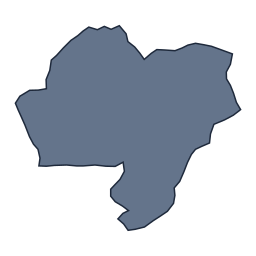 Paiva, Minas Gerais, Brazil (Albers equal-area conic projection)
{"feature_id": "56859067B60855935518046", "entity_name": "Paiva", "entity_type": "district", "adm_level": 2, "iso_a3": "BRA", "parent_name": "Brazil", "parent_adm1": "Minas Gerais", "projection": "albers", "projection_center": [-43.423, -21.293], "detail": "fine", "context": "isolated", "style": "filled", "palette": "slate", "viewbox_px": 256, "rotation_deg": 0, "n_neighbors": 0, "source": "geoboundaries", "source_scale": "gbopen_adm2", "svg_char_len": 1145}
<svg xmlns="http://www.w3.org/2000/svg" viewBox="0 0 256 256"><path d="M240.6,109.6L236.4,102.4L233.5,93.2L230.4,85.4L226.5,78.9L226.3,72.0L230.4,64.3L232.4,53.9L221.7,50.0L211.5,46.3L203.6,44.7L195.5,43.3L187.9,45.1L182.1,48.0L175.0,50.7L164.8,50.0L156.8,49.6L151.3,53.3L144.2,59.4L139.9,53.3L134.7,47.0L127.9,41.6L126.1,33.8L119.3,25.7L111.1,29.3L104.3,26.4L97.4,29.7L88.8,27.1L83.0,31.1L77.9,35.6L71.0,40.3L63.3,48.0L56.6,55.4L51.3,60.1L49.8,70.4L46.1,79.6L46.4,88.7L38.3,90.1L29.7,90.3L19.9,96.2L15.4,103.2L18.2,110.0L21.2,116.6L25.0,125.2L29.5,136.7L33.5,144.2L38.0,149.3L40.0,158.2L38.9,165.9L46.4,166.2L54.4,165.4L66.6,165.0L76.6,165.9L83.4,165.9L95.0,165.0L105.9,166.2L115.2,166.4L123.1,162.2L124.4,171.3L120.0,179.4L115.2,184.4L110.7,189.2L110.7,196.2L115.2,201.7L122.4,206.0L128.5,210.6L122.9,213.4L117.9,218.9L123.7,224.0L128.1,230.3L135.1,229.3L144.5,227.0L153.2,220.7L160.9,215.7L167.4,211.3L173.5,203.4L174.9,195.4L174.2,187.9L179.7,181.4L183.9,171.7L187.5,162.4L191.4,154.4L195.5,149.3L201.6,146.4L209.5,143.0L210.5,133.9L213.9,124.3L224.5,119.9L233.3,115.2L240.6,109.6Z" fill="#64748b" stroke="#1e293b" stroke-width="1.5"/></svg>